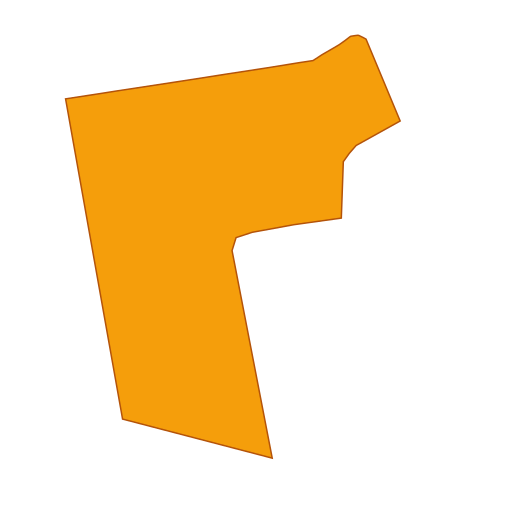 the district of Siwa, Matruh, Egypt, rotated 81°
{"feature_id": "37247803B75450946768070", "entity_name": "Siwa", "entity_type": "district", "adm_level": 2, "iso_a3": "EGY", "parent_name": "Egypt", "parent_adm1": "Matruh", "projection": "albers", "projection_center": [25.471, 28.699], "detail": "fine", "context": "isolated", "style": "filled", "palette": "amber", "viewbox_px": 512, "rotation_deg": 81, "n_neighbors": 0, "source": "geoboundaries", "source_scale": "gbopen_adm2", "svg_char_len": 533}
<svg xmlns="http://www.w3.org/2000/svg" viewBox="0 0 512 512"><g transform="rotate(81 256 256)"><path d="M396.2,413.3L458.2,271.6L246.9,278.8L234.7,272.8L232.0,256.0L231.0,213.7L231.9,165.8L176.5,155.0L169.2,147.8L162.5,139.8L145.2,92.5L59.0,113.4L56.9,116.1L54.2,120.0L53.9,121.0L53.8,124.0L53.8,128.0L54.2,129.0L57.2,134.5L60.4,141.0L63.0,147.6L65.5,154.1L67.5,159.3L71.9,169.1L71.8,182.5L71.9,216.4L71.7,254.5L71.6,301.3L71.2,367.4L71.2,383.9L71.0,419.5L396.2,413.3Z" fill="#f59e0b" stroke="#b45309" stroke-width="1.5"/></g></svg>